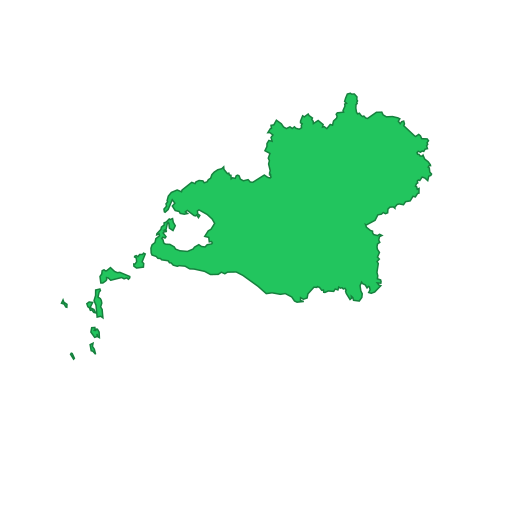 the district of Thessalias, Thessalia, Greece, rotated 141°
{"feature_id": "26713481B23289270995723", "entity_name": "Thessalias", "entity_type": "district", "adm_level": 2, "iso_a3": "GRC", "parent_name": "Greece", "parent_adm1": "Thessalia", "projection": "orthographic", "projection_center": [22.955, 39.583], "detail": "fine", "context": "isolated", "style": "filled", "palette": "green", "viewbox_px": 512, "rotation_deg": 141, "n_neighbors": 0, "source": "geoboundaries", "source_scale": "gbopen_adm2", "svg_char_len": 6079}
<svg xmlns="http://www.w3.org/2000/svg" viewBox="0 0 512 512"><g transform="rotate(141 256 256)"><path d="M177.7,154.4L178.8,156.1L178.7,158.8L176.1,156.3L174.9,157.4L174.2,159.0L176.0,161.9L173.8,164.0L172.3,167.2L165.7,173.2L165.5,175.5L162.1,176.0L162.3,178.7L157.8,181.1L157.5,184.7L156.2,187.0L154.0,188.9L151.2,188.7L150.6,191.2L147.8,193.3L145.2,192.7L146.3,195.1L148.7,195.4L151.0,198.5L151.0,200.3L149.8,202.0L151.0,203.8L152.1,208.9L151.1,211.5L150.8,210.7L141.0,208.8L135.4,211.3L132.2,209.6L129.7,209.7L128.8,207.4L126.5,206.7L124.0,209.4L121.2,209.7L118.4,207.7L118.0,205.7L117.3,206.6L113.8,207.2L111.9,206.3L109.1,203.0L105.6,204.1L101.5,201.8L96.4,203.6L95.0,201.6L91.1,202.9L89.8,202.3L86.8,205.9L88.7,206.3L87.6,208.7L88.2,209.8L85.7,211.3L84.3,211.0L83.4,212.8L82.0,212.9L81.2,211.6L77.2,212.8L75.7,210.3L75.1,206.5L71.5,209.3L69.5,208.6L68.0,209.2L68.1,211.9L65.9,215.4L66.3,216.7L64.6,217.3L63.5,216.4L63.1,217.2L62.9,220.9L63.9,225.3L62.7,229.3L64.0,229.0L65.5,230.5L65.4,232.5L66.4,233.3L65.9,235.0L64.0,235.3L62.9,233.2L60.8,233.0L59.8,231.7L57.3,232.6L55.2,231.5L54.1,234.3L52.3,234.7L51.8,236.4L49.4,237.0L49.3,239.3L53.4,242.9L52.6,245.8L53.0,248.1L56.7,248.4L57.2,249.6L59.2,264.2L57.5,265.2L56.3,267.9L58.2,268.7L60.7,268.1L60.6,271.2L57.9,272.1L58.8,274.1L62.2,278.5L67.1,282.1L68.4,285.7L67.7,288.6L72.0,291.9L82.8,292.7L83.9,294.2L84.1,296.9L85.3,297.1L85.9,298.9L85.8,301.9L87.6,302.5L87.4,304.5L85.3,308.2L82.9,310.8L81.5,310.8L81.0,312.1L79.5,312.6L79.2,314.2L77.4,316.1L77.6,320.0L79.9,321.7L80.2,323.1L83.1,324.4L87.0,322.3L89.9,320.3L89.5,317.7L91.5,318.3L92.5,316.5L96.8,314.3L97.4,312.7L102.7,316.1L104.5,315.7L105.0,313.6L106.6,312.4L110.8,312.1L114.2,309.5L115.5,311.5L120.8,310.4L121.6,313.6L123.2,314.3L121.1,315.9L122.4,322.2L128.1,322.8L126.8,324.7L126.7,327.1L125.3,327.7L126.4,331.8L126.1,333.5L130.9,333.7L131.5,335.6L136.4,332.9L137.6,331.5L136.9,329.7L138.6,329.0L139.9,327.0L142.6,327.3L144.7,330.3L144.8,332.2L147.6,332.3L148.3,335.0L152.2,335.9L153.4,339.0L153.1,342.8L154.7,348.7L159.6,346.7L162.1,348.1L163.6,345.5L164.8,345.9L169.2,344.4L167.5,343.1L166.7,339.4L169.7,338.7L171.3,335.0L173.3,337.7L176.7,336.5L178.6,334.2L182.8,332.2L180.6,326.9L184.9,324.3L185.6,321.6L188.3,319.6L191.3,313.3L193.4,311.9L193.4,310.3L194.3,310.4L194.0,309.4L194.8,307.8L195.9,307.7L197.4,309.7L198.6,313.7L212.1,315.3L213.9,317.0L214.1,320.3L218.5,322.4L219.8,325.6L218.7,328.8L219.3,330.3L220.8,330.8L223.3,329.4L225.1,331.6L226.7,331.6L224.7,334.5L225.7,335.7L225.0,337.5L226.4,338.0L226.4,343.5L225.0,345.6L227.7,345.4L231.4,347.1L235.7,347.5L239.1,347.0L242.3,345.0L245.0,345.3L247.3,344.4L250.2,345.5L250.0,347.8L252.7,350.5L256.0,351.4L257.8,350.6L259.6,353.7L272.0,353.8L273.5,352.8L275.7,356.9L281.8,358.7L286.5,357.7L290.2,355.0L290.6,353.7L293.1,353.2L294.2,351.0L298.0,350.4L299.4,348.0L299.1,347.2L295.1,347.4L285.7,352.4L285.8,348.1L289.6,347.5L290.2,342.2L287.7,338.9L288.1,336.8L285.4,333.6L282.5,332.1L283.1,334.7L280.7,334.7L278.7,326.4L277.7,325.2L276.3,325.3L276.6,322.0L274.1,322.9L274.8,325.4L273.2,327.9L271.3,327.8L267.8,319.0L266.8,312.3L267.6,307.4L274.1,305.1L277.3,305.6L283.5,303.5L281.0,300.2L283.4,296.4L281.5,295.3L281.7,293.6L282.9,293.3L286.8,295.5L289.9,295.1L292.4,297.7L293.3,300.8L298.2,301.6L300.5,301.0L306.4,302.7L311.9,308.0L314.2,312.0L313.8,314.5L315.6,319.2L318.9,322.1L319.5,324.2L318.1,327.1L318.2,328.9L316.7,329.3L315.4,327.2L313.8,327.6L313.7,332.3L312.7,332.7L310.3,331.5L309.8,332.0L310.9,333.7L309.1,333.3L304.7,336.9L303.2,337.3L303.1,336.4L305.8,332.1L304.5,328.0L299.7,330.3L299.1,334.2L297.3,337.6L299.8,338.3L300.1,339.4L304.3,338.9L306.6,339.6L307.8,337.9L311.3,338.0L313.2,336.5L319.0,335.7L319.9,334.9L317.4,334.0L318.3,332.4L322.9,332.5L326.1,330.0L329.7,330.1L332.7,328.2L335.5,324.4L336.2,322.2L333.8,318.4L333.7,315.9L331.8,314.1L331.8,312.5L327.3,307.6L327.5,305.2L326.3,304.1L326.1,301.0L323.6,297.5L321.8,296.9L317.5,292.7L315.6,287.7L312.3,284.8L305.6,276.4L303.0,270.2L296.9,265.5L293.1,265.2L291.4,261.8L288.3,261.4L281.4,256.0L278.4,249.2L273.5,231.2L271.7,220.3L266.7,217.3L261.2,210.9L256.9,208.4L254.0,201.7L254.4,196.8L253.2,194.3L247.5,190.6L249.5,193.4L247.6,195.6L246.4,192.6L242.7,191.2L239.5,193.9L230.6,195.3L228.5,193.3L227.5,193.6L226.4,191.6L226.5,188.0L225.0,187.1L226.2,185.2L225.4,184.3L221.8,183.3L217.9,179.6L215.2,180.5L213.7,178.1L211.2,179.8L210.7,178.0L209.1,177.2L208.9,175.4L207.2,174.9L207.4,172.7L208.5,172.4L209.4,170.1L210.3,163.0L208.4,163.0L207.2,164.8L206.9,162.7L208.1,160.2L204.1,156.0L199.8,157.2L197.2,159.8L196.5,162.9L193.8,167.5L190.4,169.2L190.6,167.6L189.3,164.8L189.8,161.3L187.7,161.6L187.3,160.7L188.6,157.9L191.4,156.7L189.9,154.5L186.4,153.3L177.7,154.4ZM384.2,328.6L373.9,323.8L372.9,321.3L370.2,320.3L369.8,318.2L367.8,318.5L367.0,319.5L372.1,329.0L374.2,330.3L375.6,332.9L376.4,338.6L381.3,338.5L382.4,339.2L382.8,340.9L384.8,341.4L387.2,339.1L390.1,338.3L393.6,332.7L392.0,331.4L388.5,331.2L387.0,331.5L385.7,333.3L384.6,331.9L384.2,328.6ZM405.5,326.3L409.9,323.3L411.4,318.3L417.9,308.5L414.6,306.9L413.9,304.3L409.2,311.3L408.8,314.2L405.5,316.4L404.2,318.8L403.8,320.8L404.6,323.5L400.6,326.7L398.7,327.0L398.1,328.6L402.0,330.5L405.5,326.3ZM357.3,324.9L356.4,321.8L350.5,318.2L348.0,320.8L348.2,323.1L340.8,327.3L341.6,329.0L343.2,328.6L345.5,330.4L348.2,329.8L348.8,331.7L350.5,332.1L351.0,331.7L350.3,329.8L352.4,326.6L355.1,325.9L356.0,326.7L357.3,324.9ZM428.6,295.5L429.8,292.8L429.1,291.1L425.8,295.6L425.3,298.9L426.0,299.6L427.4,299.0L428.5,300.0L427.1,300.4L426.2,301.9L428.8,303.7L432.2,300.8L432.6,294.3L430.1,293.4L428.6,295.5ZM416.5,312.8L415.6,316.5L417.4,320.3L412.2,322.7L414.6,325.3L417.5,325.4L418.6,322.4L418.1,320.6L418.9,318.0L417.5,317.3L417.6,314.3L416.5,312.8ZM440.7,291.5L443.7,286.1L442.7,284.7L442.5,280.6L440.3,285.3L440.0,288.7L437.5,290.8L440.7,291.5ZM433.6,343.3L436.9,341.7L435.4,339.4L435.9,336.0L435.3,335.2L433.3,337.4L434.4,341.1L433.6,343.3ZM462.7,290.6L461.5,290.8L460.2,295.9L460.7,296.7L462.0,296.3L462.7,290.6Z" fill="#22c55e" stroke="#15803d" stroke-width="1.5"/></g></svg>